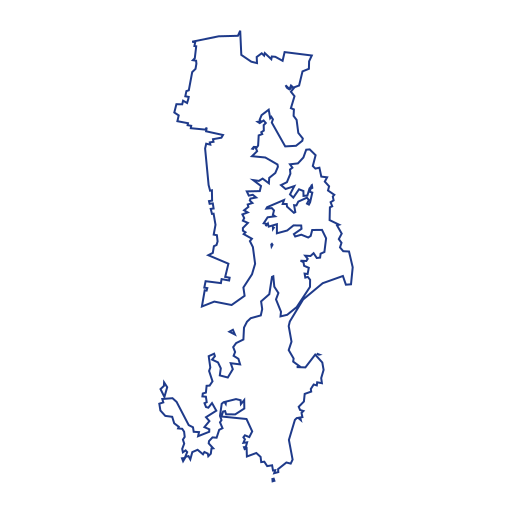 Kingborough, Tasmania, Australia (Natural Earth projection)
{"feature_id": "25037944B97802920285494", "entity_name": "Kingborough", "entity_type": "district", "adm_level": 2, "iso_a3": "AUS", "parent_name": "Australia", "parent_adm1": "Tasmania", "projection": "natural_earth1", "projection_center": [147.285, -43.214], "detail": "fine", "context": "isolated", "style": "outline", "palette": "blue", "viewbox_px": 512, "rotation_deg": 0, "n_neighbors": 0, "source": "geoboundaries", "source_scale": "gbopen_adm2", "svg_char_len": 6088}
<svg xmlns="http://www.w3.org/2000/svg" viewBox="0 0 512 512"><path d="M192.2,41.7L195.2,42.3L194.4,46.0L196.2,46.3L194.8,58.2L192.9,60.2L196.1,60.7L196.4,63.7L195.5,68.9L192.2,72.1L188.8,90.3L186.4,91.1L185.3,96.3L188.7,96.9L188.3,99.0L187.1,103.0L183.1,100.7L182.2,104.3L176.4,104.2L174.3,112.5L178.7,115.4L177.4,121.2L188.0,123.2L187.6,125.2L191.2,125.8L190.8,128.2L205.2,129.6L206.7,127.6L206.1,131.3L223.0,135.0L221.4,137.7L213.0,139.2L213.5,141.8L209.8,142.4L210.3,144.6L206.2,143.7L205.1,148.5L208.6,185.0L210.1,190.7L211.9,190.3L212.1,200.6L209.0,201.1L209.6,203.8L212.8,203.4L213.6,208.5L210.7,208.9L212.0,213.9L213.6,213.7L215.5,224.8L213.7,234.6L216.9,235.2L217.6,241.4L216.5,245.0L213.9,246.2L212.8,252.9L208.3,255.2L228.4,263.7L225.2,276.9L229.6,277.7L229.1,280.5L221.6,279.1L220.9,283.1L205.6,281.2L204.3,287.6L207.3,288.1L206.6,290.6L204.7,290.3L201.9,306.5L214.3,301.6L231.6,305.0L244.6,295.8L243.4,287.5L252.0,274.3L255.1,263.8L252.9,247.1L249.9,241.1L251.9,238.7L243.7,234.1L245.5,232.3L242.9,230.7L242.9,228.0L247.9,222.9L242.9,220.7L244.2,218.1L242.4,214.4L247.7,212.4L244.1,210.3L248.4,206.9L247.7,204.5L252.4,203.0L249.8,200.5L250.4,198.6L256.1,197.5L252.8,194.8L248.8,195.6L246.8,191.4L259.8,191.1L261.0,186.0L253.2,180.1L258.9,180.9L262.6,178.6L268.9,183.3L269.2,177.9L275.3,173.0L277.9,166.8L277.5,164.5L265.3,157.5L252.0,156.2L257.1,151.2L255.6,147.5L253.9,147.4L253.1,148.9L252.3,148.7L253.8,146.9L255.7,147.0L256.4,147.9L258.1,145.6L258.7,135.4L262.2,134.1L261.3,132.2L263.8,130.6L263.7,125.1L265.8,123.0L263.6,120.5L259.7,123.1L257.7,121.8L260.8,121.1L259.7,119.7L261.6,115.1L268.7,109.7L270.2,118.2L271.3,116.8L272.9,119.3L271.8,122.6L285.2,146.4L296.0,145.8L302.3,140.8L302.8,138.5L298.3,132.9L296.6,119.9L293.6,115.9L293.9,109.4L290.9,108.2L294.5,96.2L290.9,91.7L294.0,87.9L293.1,87.8L291.2,86.3L291.1,87.8L290.0,89.1L289.0,89.2L286.9,87.7L285.6,85.3L289.5,89.1L291.0,85.5L293.4,87.6L299.1,85.5L302.5,71.4L308.9,68.8L309.1,61.3L311.8,55.5L284.6,52.1L282.6,60.8L275.3,56.8L271.8,56.5L271.3,59.2L264.8,53.1L264.1,55.6L261.7,53.3L256.7,57.0L257.0,63.1L251.3,61.7L241.3,54.9L240.2,30.7L237.9,35.8L218.7,36.3L192.2,41.7ZM276.9,224.2L276.9,233.3L287.2,230.5L293.5,225.4L301.2,225.5L301.5,228.8L293.9,234.1L295.2,236.5L301.3,234.7L308.2,237.5L310.7,235.9L312.2,230.0L322.0,229.9L326.1,238.3L324.4,252.0L320.6,253.7L320.1,257.6L316.8,258.0L313.6,253.2L310.5,256.0L305.2,255.7L307.7,258.9L306.3,261.0L300.5,260.7L303.5,262.2L304.1,265.8L308.8,267.8L307.6,274.0L304.6,273.6L305.3,277.6L307.8,276.9L310.1,279.8L310.0,286.9L296.7,307.1L287.2,314.8L280.5,316.4L281.0,311.8L276.0,299.4L278.4,293.0L274.3,286.7L273.3,276.3L272.0,276.9L269.3,294.2L261.1,301.4L262.2,309.1L260.8,315.4L250.7,318.2L247.0,321.7L244.0,327.6L243.4,339.5L236.1,343.1L233.2,347.1L235.1,352.0L233.6,355.8L238.4,358.8L240.1,364.4L230.7,363.2L232.8,369.2L227.8,377.5L219.8,375.4L220.8,368.3L218.0,362.4L212.1,359.6L214.9,356.2L214.1,353.7L208.7,356.2L210.3,367.5L209.1,371.0L212.5,381.3L209.6,385.6L206.6,385.8L205.9,392.6L202.8,393.5L202.4,396.4L205.9,396.7L206.7,402.2L204.5,403.2L206.0,407.0L208.3,407.7L212.0,403.1L216.3,410.7L206.0,417.2L209.4,421.1L204.4,427.1L209.3,429.3L209.2,431.8L198.1,436.2L199.0,432.1L193.7,431.8L193.0,427.3L188.7,425.1L176.6,401.9L172.5,398.2L162.3,399.0L163.3,402.4L159.3,403.7L160.4,410.5L165.3,415.9L172.2,416.8L174.2,423.3L178.8,426.8L178.1,428.4L182.2,428.8L184.1,431.7L184.7,436.9L182.9,439.6L184.2,443.6L182.2,448.9L182.9,452.3L185.6,450.4L187.2,452.1L185.2,456.9L188.5,456.1L190.3,459.4L192.3,452.1L197.6,449.8L203.0,454.3L204.4,452.0L207.8,453.6L208.3,456.2L210.8,453.7L211.5,448.5L213.2,448.3L208.7,443.4L209.0,441.1L212.5,437.4L216.6,437.7L219.2,429.8L222.5,428.2L220.0,422.3L221.5,420.1L220.0,415.9L221.7,403.8L223.6,402.2L236.0,399.1L240.6,400.2L240.9,404.1L244.2,400.1L244.3,408.5L235.2,414.4L226.1,414.3L225.1,411.1L223.1,411.5L221.4,416.5L246.5,419.0L252.2,431.4L249.3,437.1L244.9,435.3L243.4,437.3L244.9,439.3L243.4,442.8L247.1,442.3L245.8,447.0L244.0,447.2L244.7,449.1L246.6,448.2L246.9,456.5L256.3,453.0L260.6,456.9L261.2,462.1L264.3,461.7L267.2,466.1L272.1,465.3L273.0,470.5L275.2,470.2L274.2,473.2L278.3,472.1L278.1,469.1L286.4,462.5L290.7,463.6L292.6,459.6L288.9,439.9L294.9,419.9L296.7,418.1L302.4,417.1L301.5,412.9L303.4,411.0L300.1,410.0L298.7,406.8L303.9,401.5L304.7,393.9L311.2,391.6L310.8,389.0L313.7,384.5L316.8,385.4L317.2,382.3L321.9,383.2L321.2,378.1L323.6,369.9L322.3,362.5L315.2,354.6L305.4,367.4L296.7,367.1L299.9,366.5L293.2,361.6L293.6,358.5L288.7,350.1L291.5,341.7L288.7,326.1L289.8,321.5L303.1,299.5L322.7,283.2L342.9,276.0L345.9,284.7L351.0,284.3L352.7,267.3L349.0,251.5L343.2,251.2L340.0,247.4L341.5,242.8L338.8,239.1L341.7,233.6L337.0,225.4L339.1,224.7L329.6,220.1L329.9,207.3L332.2,206.3L330.6,202.2L333.6,200.4L332.8,196.5L334.3,194.8L328.0,190.5L329.1,186.3L324.8,181.6L327.1,177.3L321.3,176.6L319.4,167.7L315.4,168.6L312.8,166.0L315.6,155.2L309.7,149.4L306.2,149.7L303.4,157.5L297.9,163.4L290.0,164.3L292.4,167.7L290.0,169.5L290.4,173.7L286.9,182.2L281.0,185.1L285.6,189.0L294.3,186.1L290.0,194.4L293.3,197.6L299.0,189.3L303.4,191.0L303.5,195.9L307.4,195.5L309.5,188.4L310.9,186.9L311.6,185.3L311.9,185.1L312.3,187.9L310.1,189.1L310.2,191.9L312.3,192.6L310.1,202.3L308.9,204.6L307.0,203.6L308.9,200.0L306.9,197.7L298.3,201.6L296.4,205.4L294.1,205.2L295.3,212.1L293.9,212.8L287.0,206.6L286.7,204.0L282.7,204.0L284.0,200.0L267.1,207.2L266.3,208.6L271.8,208.1L274.0,210.4L272.9,214.8L275.0,216.3L267.6,217.3L263.7,223.3L266.5,223.9L265.7,226.1L267.9,223.5L268.7,226.6L276.9,224.2ZM160.5,389.1L164.4,396.9L167.2,387.2L164.1,382.4L163.9,385.9L160.5,389.1ZM234.9,334.5L232.9,329.8L229.4,331.7L234.9,334.5ZM185.0,458.0L182.0,458.3L183.1,461.2L185.0,458.0ZM272.6,481.3L274.4,480.8L273.7,478.7L272.4,479.0L272.6,481.3ZM316.7,353.6L318.9,354.7L319.3,354.6L316.7,353.6ZM271.6,246.4L272.5,244.8L271.9,243.9L271.3,244.5L271.6,246.4ZM272.9,227.2L273.0,228.9L273.8,227.7L272.9,227.2ZM224.7,402.3L225.7,403.9L225.8,403.1L224.7,402.3ZM300.5,418.9L299.3,418.8L300.8,420.1L300.5,418.9Z" fill="none" stroke="#1e3a8a" stroke-width="2"/></svg>